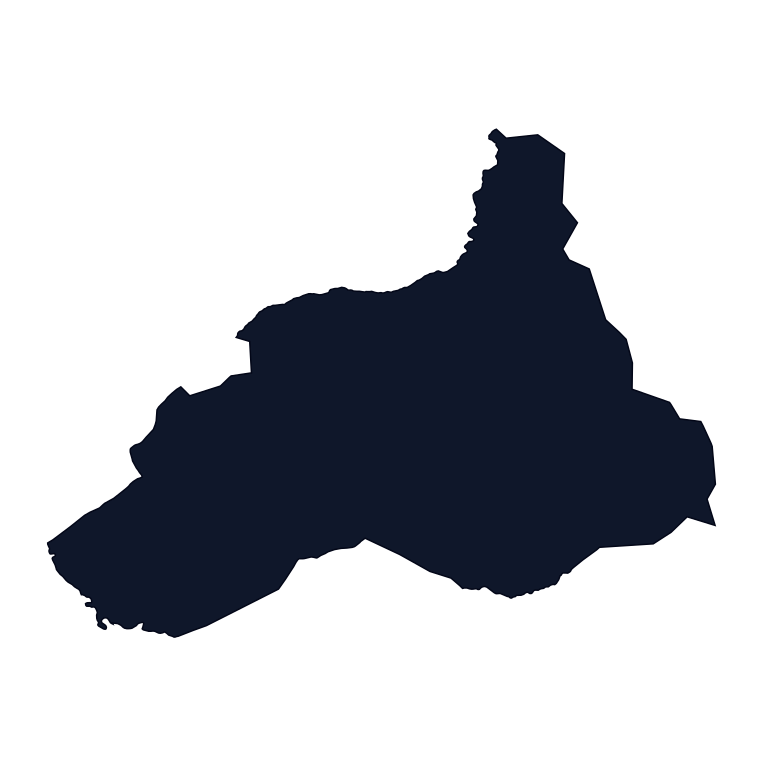 Xovd, Hovd, Mongolia, rotated 181°
{"feature_id": "93677404B84217279169077", "entity_name": "Xovd", "entity_type": "district", "adm_level": 2, "iso_a3": "MNG", "parent_name": "Mongolia", "parent_adm1": "Hovd", "projection": "equal_earth", "projection_center": [91.437, 48.034], "detail": "fine", "context": "isolated", "style": "filled", "palette": "ink", "viewbox_px": 768, "rotation_deg": 181, "n_neighbors": 0, "source": "geoboundaries", "source_scale": "gbopen_adm2", "svg_char_len": 6159}
<svg xmlns="http://www.w3.org/2000/svg" viewBox="0 0 768 768"><g transform="rotate(181 384 384)"><path d="M532.6,428.0L519.0,424.2L516.7,392.8L537.0,389.4L538.6,388.0L547.5,379.1L578.0,368.8L587.1,377.6L591.2,375.0L595.7,371.1L600.0,367.0L602.6,363.3L606.2,359.9L608.9,357.0L610.5,354.2L611.1,343.1L612.0,339.4L613.8,334.5L620.9,326.6L624.5,322.2L625.8,321.1L627.0,320.3L629.2,319.4L630.8,319.0L632.4,318.3L635.7,315.6L636.5,314.5L636.6,313.1L636.5,311.4L634.4,304.4L634.1,302.8L630.1,295.7L628.3,293.4L626.8,291.1L624.7,288.7L624.1,286.9L625.8,285.9L628.8,284.9L633.0,282.1L635.8,279.6L637.6,277.2L640.7,274.4L652.3,264.9L661.2,259.8L662.8,258.4L666.2,255.1L675.6,250.7L681.0,247.5L694.9,236.0L712.5,222.3L717.5,219.2L717.4,217.9L716.4,215.5L715.6,214.1L715.5,213.1L716.0,211.9L716.0,210.7L715.8,210.0L715.3,208.9L714.8,208.3L714.1,208.2L710.7,208.7L710.2,208.3L709.6,207.5L709.6,206.7L710.1,206.0L712.3,204.8L712.7,203.8L712.2,202.2L709.7,197.5L708.6,194.2L708.3,192.9L707.6,191.9L704.5,188.1L701.8,186.0L698.4,182.1L696.4,180.4L692.3,178.1L689.9,175.9L687.1,174.2L685.5,173.4L684.1,171.4L683.6,169.6L682.9,168.0L681.7,168.1L679.3,167.2L678.5,166.4L677.2,165.7L675.6,165.8L673.9,164.9L673.1,164.0L672.4,161.8L672.5,160.8L672.9,160.3L676.7,160.1L677.9,159.7L678.6,159.1L678.2,157.4L677.5,156.7L676.2,156.6L674.3,156.7L672.4,155.8L670.1,156.1L669.2,155.6L668.5,155.0L667.2,152.4L666.6,150.4L667.3,147.9L667.1,144.7L666.5,142.7L665.5,141.3L665.2,140.1L665.9,138.6L665.8,137.8L665.1,137.0L660.1,134.2L658.5,133.9L657.6,134.4L657.3,136.0L658.1,137.7L659.9,139.0L661.8,140.2L662.5,141.9L661.9,143.6L660.0,145.1L658.2,145.4L656.5,145.0L655.2,143.5L653.4,140.6L652.4,139.9L650.8,139.2L651.3,140.3L646.0,139.8L643.2,138.4L642.1,137.6L641.0,136.5L639.3,135.4L636.9,134.9L633.9,135.0L631.8,135.4L627.3,138.2L626.6,139.3L625.9,140.0L624.7,140.6L621.6,141.5L620.8,141.3L620.3,141.0L620.1,140.1L620.9,136.7L621.5,135.0L620.4,134.0L615.0,132.7L612.9,132.7L610.5,133.0L608.7,132.7L605.1,131.1L603.2,130.9L600.9,131.4L599.4,132.2L598.6,132.1L596.9,131.0L594.9,129.2L590.9,128.0L589.9,127.4L589.0,127.3L587.9,127.5L587.0,127.9L585.4,128.2L570.3,134.4L557.4,139.3L485.9,177.1L479.2,187.0L471.2,199.8L468.9,204.2L467.2,206.7L466.0,207.8L462.0,207.9L460.5,208.1L453.9,209.8L451.8,209.6L448.5,208.9L447.7,209.1L444.2,211.5L439.8,213.5L437.2,215.2L430.6,217.6L424.1,218.9L417.8,219.4L413.0,220.1L411.1,220.7L409.9,221.4L407.8,223.1L405.4,225.1L404.6,226.1L400.2,229.5L365.3,213.8L334.8,197.4L313.6,191.1L304.7,183.7L301.9,181.0L299.9,181.5L297.4,181.5L294.9,180.7L293.0,180.4L291.3,180.5L288.9,180.9L287.7,180.8L286.8,180.3L285.7,180.2L285.0,180.4L283.5,182.0L282.0,182.9L280.3,183.3L279.5,183.3L277.6,182.7L270.1,177.2L268.8,176.5L267.7,176.3L264.8,176.6L263.8,176.5L256.9,173.7L255.7,173.8L255.0,173.0L253.9,172.3L252.8,172.2L250.8,173.4L249.1,173.7L247.7,175.0L243.3,175.2L240.6,176.2L239.0,177.6L237.4,178.3L236.5,178.2L234.6,177.1L233.2,177.1L232.1,177.8L230.9,179.7L230.3,180.2L229.1,180.6L226.2,180.5L224.5,181.6L223.1,182.1L220.8,182.5L218.9,184.0L216.1,184.1L214.1,185.8L211.6,186.6L209.8,186.4L208.3,187.6L207.3,189.2L205.9,191.4L204.7,195.1L203.5,196.0L202.7,197.5L202.0,198.1L201.2,198.2L198.4,198.2L197.4,198.1L196.8,198.2L194.9,199.4L194.0,200.5L193.6,201.6L193.0,202.3L191.4,203.8L182.0,211.7L168.5,221.9L165.7,224.5L112.0,228.9L94.3,240.8L78.6,256.5L50.5,248.4L59.0,274.6L50.9,289.6L54.8,327.4L56.0,330.5L64.1,347.4L66.6,352.0L87.8,354.3L96.7,368.5L98.2,370.6L135.9,383.1L136.0,409.4L142.7,432.9L149.6,439.7L163.5,452.1L180.8,502.6L201.1,511.3L207.7,522.1L193.4,548.6L209.3,567.6L207.5,617.6L234.6,635.8L266.2,631.9L276.1,640.7L277.7,640.0L279.7,638.6L280.7,637.5L281.3,636.3L283.1,634.6L283.5,633.7L283.2,632.6L283.4,631.3L283.1,630.8L279.9,629.6L279.0,628.6L277.4,627.4L276.4,627.0L275.8,626.4L275.9,625.9L276.2,625.2L276.1,624.5L273.4,620.9L273.3,619.9L273.5,619.1L274.2,618.0L275.2,614.8L275.7,614.5L276.1,613.9L276.1,613.3L274.1,609.5L274.1,608.6L274.2,607.4L274.2,605.7L274.5,605.0L278.0,602.9L279.8,601.4L282.4,599.7L283.6,599.4L286.6,599.5L287.7,599.3L288.5,598.4L288.7,596.5L288.3,594.1L288.7,592.6L289.2,591.7L289.1,590.3L288.3,588.3L288.2,587.4L288.9,586.0L289.1,584.8L289.0,583.6L290.0,580.9L292.9,578.5L295.1,577.7L297.3,576.1L298.2,574.6L297.8,570.9L296.6,567.3L294.4,562.5L295.3,560.3L295.0,559.4L294.2,557.6L294.5,553.9L297.0,550.7L297.0,549.5L296.4,548.2L293.1,545.9L292.8,545.1L293.0,544.2L293.5,543.4L294.1,542.9L297.0,542.5L297.8,541.9L298.9,540.0L301.3,538.1L302.8,536.0L301.8,533.6L300.6,532.6L297.6,531.3L296.8,530.4L296.7,529.4L297.3,528.6L298.0,528.3L299.0,528.0L301.2,527.9L301.9,527.4L302.5,526.6L303.0,525.7L304.4,524.7L305.4,523.7L305.8,522.8L305.6,521.9L304.0,520.5L303.2,519.6L303.0,518.0L303.7,516.9L307.0,515.3L308.4,514.1L309.7,512.3L310.2,510.5L310.8,509.5L311.9,509.0L312.8,508.0L313.0,507.1L312.5,506.1L312.4,504.9L313.3,503.9L316.7,501.7L322.5,497.6L325.9,496.6L327.3,496.5L331.7,498.0L333.4,497.5L335.0,496.3L336.4,495.7L340.2,495.0L341.5,494.1L345.3,492.5L347.7,490.3L349.7,489.0L351.2,488.3L352.5,488.0L354.8,486.0L359.3,482.8L362.5,480.9L364.9,480.9L366.5,480.3L367.8,479.4L369.5,479.1L371.4,477.9L376.3,476.8L378.4,475.8L381.9,476.4L383.2,476.1L385.2,475.2L386.8,474.9L388.6,475.3L391.5,474.9L394.5,475.4L397.9,476.4L399.9,476.1L403.7,476.1L404.2,475.7L405.0,475.6L410.4,476.3L412.4,476.2L416.2,476.4L417.7,477.2L419.2,477.4L420.0,477.2L421.6,477.3L423.3,478.6L424.9,479.4L428.0,479.9L431.9,478.7L434.8,478.6L439.2,477.4L440.1,476.2L440.5,475.0L441.3,474.2L447.6,472.3L450.2,472.0L455.8,473.0L457.3,472.8L459.2,473.0L460.9,472.9L466.4,471.0L470.2,469.0L472.9,468.6L475.9,467.7L477.2,466.5L482.3,463.7L483.5,462.9L483.9,462.3L484.4,462.0L485.4,461.7L486.8,461.8L494.5,460.7L496.4,460.7L499.1,459.3L500.7,459.3L501.7,459.0L503.1,457.7L505.0,457.0L507.2,455.0L509.6,453.9L510.3,453.2L510.9,452.2L512.3,450.6L512.8,449.8L513.2,448.7L513.9,447.9L515.0,446.9L517.0,444.5L520.4,442.5L521.0,441.5L521.7,440.8L522.8,440.0L523.8,439.0L525.2,436.3L525.6,436.0L526.1,435.4L527.1,434.7L529.1,434.3L530.0,433.6L530.9,432.5L531.2,431.5L531.2,430.4L531.4,429.7L532.6,428.0Z" fill="#0f172a" stroke="#020617" stroke-width="1.5"/></g></svg>